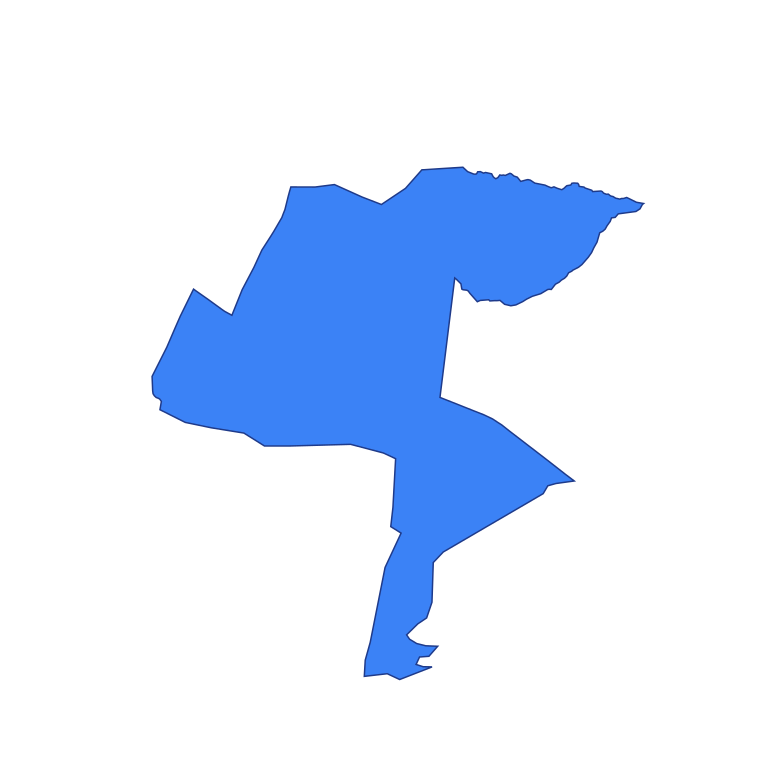 the district of Ayawaso West, Greater Accra, Ghana, rotated 295°
{"feature_id": "2480657B22724340600972", "entity_name": "Ayawaso West", "entity_type": "district", "adm_level": 2, "iso_a3": "GHA", "parent_name": "Ghana", "parent_adm1": "Greater Accra", "projection": "orthographic", "projection_center": [-0.161, 5.632], "detail": "fine", "context": "isolated", "style": "filled", "palette": "blue", "viewbox_px": 768, "rotation_deg": 295, "n_neighbors": 0, "source": "geoboundaries", "source_scale": "gbopen_adm2", "svg_char_len": 2619}
<svg xmlns="http://www.w3.org/2000/svg" viewBox="0 0 768 768"><g transform="rotate(295 384 384)"><path d="M523.2,216.3L520.1,216.8L519.3,216.9L514.0,217.8L500.2,220.5L498.4,220.6L496.6,220.7L493.8,220.9L491.4,221.1L490.9,221.0L475.6,219.6L469.9,218.9L453.7,216.7L434.7,216.8L409.5,215.6L382.0,217.1L382.5,209.0L383.1,205.5L386.3,189.0L388.9,174.4L389.5,171.3L359.4,170.7L346.1,171.0L325.7,171.6L292.9,170.6L280.1,177.2L277.6,178.8L276.3,180.8L275.5,183.2L275.7,185.8L275.5,187.2L274.1,189.6L266.0,191.8L265.2,220.1L271.3,245.9L280.3,277.7L277.3,301.9L287.9,324.6L315.2,379.2L321.2,412.5L321.2,426.1L275.8,444.3L257.6,450.4L256.1,462.5L247.0,462.5L218.2,462.5L144.0,480.7L125.8,483.7L110.7,489.7L122.8,509.4L122.8,523.1L147.9,547.1L144.3,538.9L143.4,531.6L151.6,531.6L156.2,539.8L169.0,543.5L164.4,532.5L162.6,523.3L163.5,515.1L166.2,510.5L180.9,516.0L190.0,521.5L206.5,519.7L243.0,504.1L256.8,508.7L296.5,536.2L351.9,574.6L361.0,575.5L366.5,581.9L376.5,597.4L378.8,586.7L384.5,562.0L394.4,517.5L396.7,507.9L397.3,503.3L398.2,497.3L398.3,487.7L397.6,476.3L395.5,440.4L510.0,403.3L509.4,405.6L507.3,411.4L502.9,414.4L502.8,415.7L504.0,419.4L503.9,421.0L502.5,423.5L498.0,433.8L500.4,435.9L504.6,443.3L504.0,444.8L506.3,449.0L507.3,451.2L508.8,453.8L507.2,459.6L508.5,465.9L511.4,470.1L517.3,474.9L521.2,477.4L526.1,481.3L528.3,483.7L532.1,487.9L538.9,492.5L539.8,494.0L540.4,495.7L546.9,497.2L550.3,499.7L553.2,500.9L556.1,502.9L559.0,504.0L562.8,504.3L565.6,506.5L566.9,507.0L572.1,511.0L575.9,512.9L585.3,515.6L590.9,516.6L596.1,516.6L602.6,517.1L612.2,515.6L614.9,517.7L617.8,519.0L621.8,519.3L627.0,520.3L630.7,520.0L632.7,523.1L637.2,524.4L646.8,539.4L650.9,542.0L655.8,542.3L657.3,543.0L655.4,536.0L655.6,527.4L655.6,525.1L653.4,522.7L652.4,520.7L651.2,519.6L650.7,517.0L650.3,515.5L650.7,512.3L650.3,510.7L650.3,509.3L650.9,507.1L649.9,505.2L649.8,502.2L650.6,500.6L650.6,499.1L646.6,491.8L647.4,490.4L646.6,483.5L647.0,482.0L645.6,477.4L647.2,476.0L647.8,474.7L646.4,471.1L645.3,469.4L643.3,469.2L641.0,465.9L639.3,465.1L638.0,464.7L635.3,463.1L635.1,462.2L634.6,458.3L634.5,454.7L633.2,453.4L632.5,452.5L632.3,449.0L632.3,445.9L631.1,441.0L629.8,435.8L630.6,430.4L630.1,428.1L629.1,426.7L625.4,422.3L627.8,417.4L627.4,413.9L628.3,410.6L628.2,409.1L624.3,405.8L623.8,403.7L622.9,402.6L622.4,400.6L619.2,400.0L617.3,398.6L617.5,396.7L618.1,395.2L620.0,392.7L618.6,386.6L617.2,385.1L617.2,381.6L615.9,379.2L613.8,379.1L613.1,378.6L612.2,376.8L611.8,370.1L613.8,363.9L594.1,327.8L570.4,320.8L545.6,305.8L544.2,285.3L543.8,254.8L533.4,238.3L523.2,216.3Z" fill="#3b82f6" stroke="#1e3a8a" stroke-width="1.5"/></g></svg>